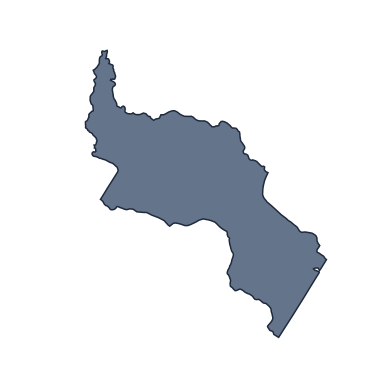 Baião, Pará, Brazil, rotated 122°
{"feature_id": "56859067B46616418398900", "entity_name": "Baião", "entity_type": "district", "adm_level": 2, "iso_a3": "BRA", "parent_name": "Brazil", "parent_adm1": "Pará", "projection": "robinson", "projection_center": [-49.732, -3.168], "detail": "fine", "context": "isolated", "style": "filled", "palette": "slate", "viewbox_px": 384, "rotation_deg": 122, "n_neighbors": 0, "source": "geoboundaries", "source_scale": "gbopen_adm2", "svg_char_len": 6080}
<svg xmlns="http://www.w3.org/2000/svg" viewBox="0 0 384 384"><g transform="rotate(122 192 192)"><path d="M115.5,190.3L116.4,191.6L116.0,193.5L115.5,194.8L114.9,198.9L115.2,201.6L115.8,203.5L116.8,204.7L119.7,205.1L121.3,204.5L122.2,205.0L122.9,206.2L123.7,207.0L125.0,207.6L126.1,209.9L125.7,210.8L125.4,212.5L124.9,214.3L124.6,216.0L125.0,218.8L127.9,223.6L128.5,225.8L128.5,227.9L127.9,230.7L128.2,232.8L129.5,234.6L130.6,236.6L131.4,237.7L131.9,239.0L132.4,242.8L132.0,247.2L132.3,249.8L133.4,251.5L134.9,252.9L136.8,254.3L139.0,255.4L141.5,256.9L143.0,259.3L146.5,258.8L147.8,259.7L149.5,261.6L151.5,262.4L151.2,266.0L150.2,267.5L150.9,269.0L150.7,270.5L150.1,272.0L150.2,273.2L150.9,275.2L152.4,276.1L154.2,277.5L155.7,279.9L156.3,281.5L156.1,284.0L157.3,284.4L158.3,285.3L159.0,286.9L159.6,287.9L159.7,289.4L159.7,291.1L158.8,291.8L157.2,292.6L156.5,293.1L155.8,293.8L155.5,294.6L155.5,295.7L156.3,296.4L157.1,296.6L158.2,296.7L158.6,297.5L158.6,298.7L158.7,299.9L159.0,300.9L158.5,301.5L157.1,302.6L156.0,304.1L155.5,305.1L154.9,305.7L154.7,306.8L153.6,308.4L153.0,309.0L152.3,309.7L151.5,310.2L150.9,310.8L148.6,312.8L147.7,313.7L146.6,314.2L145.0,314.7L144.1,314.6L143.0,314.0L142.1,313.8L141.3,314.1L140.7,314.6L140.3,315.4L140.1,316.5L140.2,318.0L140.4,320.4L139.4,320.6L139.2,319.7L138.3,319.5L138.1,318.6L137.8,317.8L137.1,317.4L136.4,317.5L134.6,318.0L133.9,318.6L133.3,319.4L131.8,320.9L130.9,322.7L130.0,323.0L129.4,323.6L128.9,324.7L128.2,325.1L127.3,325.4L126.5,326.1L126.4,326.9L126.7,327.8L126.7,328.8L127.0,329.7L127.2,330.6L126.1,330.7L125.2,331.0L124.6,331.5L123.9,332.5L123.4,333.3L123.7,334.3L124.3,335.0L124.6,335.9L123.7,336.2L122.7,336.2L121.8,336.6L120.9,337.2L120.1,337.5L119.2,337.7L118.4,337.9L117.6,338.3L116.9,339.0L117.6,339.8L118.4,340.1L119.2,340.7L119.9,342.8L120.9,342.8L121.7,342.4L122.2,341.7L122.9,341.1L123.7,340.6L124.5,340.7L125.3,341.2L126.2,341.5L127.1,341.4L128.6,340.8L130.2,339.9L131.0,339.5L131.7,338.8L134.0,338.7L135.7,338.8L136.6,338.7L138.5,339.3L139.2,339.3L141.1,340.3L141.8,339.3L142.3,338.5L143.0,337.9L143.7,336.2L144.0,335.1L144.5,334.4L145.2,333.9L146.0,333.8L147.0,333.9L147.9,334.4L148.9,334.6L149.7,334.0L150.8,332.2L151.0,331.4L151.9,331.1L152.6,330.6L154.6,330.6L155.6,330.5L157.8,329.2L158.6,328.6L159.4,328.5L160.2,328.8L160.9,328.7L162.6,328.9L163.5,329.0L164.3,329.0L165.2,328.8L166.2,328.2L168.4,326.9L170.1,324.9L170.8,323.9L170.8,323.0L171.3,321.8L173.5,320.2L174.3,319.5L175.1,319.0L176.0,318.9L176.5,319.7L177.7,319.9L178.7,320.2L179.8,320.5L181.1,320.5L181.8,319.9L182.6,319.6L183.1,319.0L184.3,319.1L185.6,318.8L186.7,318.7L187.5,318.9L188.1,319.3L189.1,319.5L190.7,318.4L191.7,317.7L192.6,317.0L193.6,316.6L194.1,315.8L194.0,314.9L194.3,313.7L194.9,313.2L194.9,312.1L195.5,310.4L195.3,309.5L195.2,307.5L196.0,306.5L196.3,305.1L196.5,304.1L196.8,303.0L197.1,301.7L198.1,300.9L198.5,299.9L199.3,299.5L200.3,299.5L201.1,299.1L202.0,298.8L203.3,298.8L204.1,299.9L205.3,298.5L206.4,298.1L206.2,297.1L206.7,296.4L207.7,295.7L208.4,295.1L209.6,295.5L210.1,296.8L211.2,297.4L212.1,297.2L212.9,296.8L213.5,295.8L213.8,294.9L213.6,293.8L213.2,293.1L212.8,292.0L212.6,291.1L212.3,288.2L211.7,286.6L211.4,284.8L210.8,283.0L210.6,281.5L210.5,279.7L210.4,277.7L209.8,274.9L209.8,273.7L210.0,272.1L210.4,270.7L210.5,269.2L211.3,267.7L212.7,266.2L214.1,265.7L223.7,265.7L233.3,265.8L239.4,265.7L246.8,265.7L246.8,264.6L247.0,263.7L247.2,262.7L248.2,260.9L248.6,260.2L249.2,258.2L248.9,257.3L248.8,256.0L249.1,254.5L249.4,253.6L249.9,252.5L250.0,251.5L249.6,250.6L248.6,249.3L247.9,248.8L246.6,248.1L245.4,248.0L244.3,248.1L243.6,246.9L243.3,244.7L242.7,242.4L242.6,241.1L241.9,238.7L241.5,237.9L239.4,236.0L237.8,232.9L238.0,228.2L235.3,222.8L233.4,219.5L232.9,213.8L231.5,206.8L231.0,200.4L232.6,195.0L232.8,192.8L228.4,191.2L226.9,189.4L225.9,186.7L225.1,184.1L224.2,180.1L222.7,177.8L220.3,175.9L215.6,172.9L212.2,171.1L208.9,168.3L207.0,163.4L206.1,160.5L205.4,156.5L205.9,153.9L206.8,150.3L207.2,147.2L207.2,144.3L207.0,142.0L207.5,140.9L208.7,139.9L209.5,139.5L210.5,138.3L210.9,137.5L211.3,135.7L213.0,135.1L216.4,132.2L217.8,130.6L219.3,129.1L221.1,127.0L222.0,124.9L223.1,123.7L225.0,123.0L228.7,122.1L230.5,121.4L233.1,120.8L234.6,120.9L236.3,120.2L238.8,120.2L240.6,119.8L242.0,119.3L242.8,118.4L242.9,117.3L243.9,115.6L246.5,112.4L249.4,111.2L251.5,109.6L251.7,108.4L251.8,107.1L252.5,104.8L252.8,103.1L251.9,102.0L249.2,100.2L248.7,99.3L248.5,97.0L248.6,95.7L248.9,94.2L248.6,90.6L248.1,89.2L248.2,87.4L248.2,86.1L248.6,84.6L249.1,83.7L249.6,81.8L249.1,80.4L248.3,79.2L247.6,78.5L247.7,76.8L248.3,72.8L247.8,71.2L247.3,70.3L247.7,67.9L248.0,66.1L248.7,64.1L249.7,62.7L251.5,61.3L252.8,59.7L254.6,58.0L256.0,56.6L257.8,56.1L259.2,56.0L261.7,56.2L263.4,56.5L265.2,56.8L266.0,56.7L266.6,55.9L267.9,53.1L268.1,52.3L267.9,51.4L267.6,50.6L267.8,48.9L269.4,47.2L269.4,41.5L243.1,41.2L223.4,41.2L202.7,41.4L193.0,41.4L192.4,42.2L192.8,44.6L193.0,45.9L193.2,46.9L192.8,48.2L191.2,47.2L190.5,46.3L190.0,45.4L189.7,44.5L191.0,42.2L188.9,42.1L178.1,42.1L177.9,43.3L177.5,44.7L177.1,45.5L176.7,46.4L176.7,48.8L176.5,51.7L176.7,53.0L176.5,54.4L174.9,55.3L173.4,55.3L172.0,55.2L170.8,55.2L169.7,55.3L169.0,57.2L168.1,58.9L167.1,60.2L165.8,61.0L164.6,61.9L163.5,63.6L163.3,64.4L163.2,67.9L163.9,70.0L165.8,74.5L166.4,75.5L167.9,77.4L168.3,78.7L167.9,80.6L167.1,82.3L166.3,83.7L166.0,84.9L165.7,88.2L165.5,89.6L165.1,91.9L165.1,95.5L164.5,98.3L164.0,104.4L162.9,109.9L161.6,117.0L160.7,123.0L159.0,127.8L156.9,130.7L151.6,133.7L148.1,135.1L146.6,135.6L143.9,136.5L143.0,136.7L141.2,137.0L138.8,137.4L137.1,137.5L135.3,137.8L135.6,140.4L135.3,141.2L134.4,142.9L133.2,143.2L132.2,143.8L132.2,144.9L133.4,146.4L132.5,150.6L131.8,153.2L132.0,155.2L132.4,156.5L132.6,157.6L133.5,158.1L133.9,159.5L133.6,161.2L132.3,162.8L131.3,164.0L131.1,166.0L131.9,167.7L131.6,169.0L129.9,170.4L127.6,170.3L126.0,171.0L125.1,172.4L124.1,174.7L123.7,175.6L122.9,177.7L122.0,178.6L119.8,180.4L118.8,181.3L117.6,182.0L115.9,183.6L115.8,185.2L115.1,186.5L114.6,188.2L115.5,190.3Z" fill="#64748b" stroke="#1e293b" stroke-width="1.5"/></g></svg>